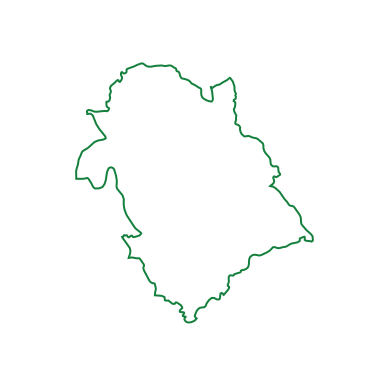 SVG path tracing the border of Uttarakhand, rotated 26°
{"feature_id": "IND-3254", "entity_name": "Uttarakhand", "entity_type": "State", "adm_level": 1, "iso_a3": "IND", "parent_name": "India", "parent_adm1": "", "projection": "mercator", "projection_center": [79.21, 30.097], "detail": "fine", "context": "isolated", "style": "outline", "palette": "green", "viewbox_px": 384, "rotation_deg": 26, "n_neighbors": 0, "source": "natural_earth", "source_scale": "10m", "svg_char_len": 5720}
<svg xmlns="http://www.w3.org/2000/svg" viewBox="0 0 384 384"><g transform="rotate(26 192 192)"><path d="M262.4,151.7L265.2,151.9L270.7,153.5L278.2,157.8L282.0,159.3L284.5,160.9L285.7,161.2L287.2,161.0L288.4,160.6L289.5,160.5L291.1,161.1L298.6,165.3L300.7,167.0L301.6,168.3L303.1,171.1L304.0,172.4L305.1,173.3L311.6,176.1L317.4,177.7L319.8,179.0L321.3,181.5L321.9,182.7L321.3,184.1L320.7,184.1L315.6,185.9L314.3,185.6L313.6,184.0L312.8,182.9L311.6,183.8L310.3,185.4L309.3,186.5L310.3,188.8L308.8,191.1L304.2,194.6L303.2,195.7L300.9,199.3L300.1,200.2L297.5,202.0L295.5,203.9L294.5,204.5L293.1,205.0L290.4,205.3L289.2,205.9L288.6,207.4L287.6,210.6L285.9,213.3L282.0,218.2L280.4,219.6L275.9,220.8L273.9,222.4L272.8,224.8L272.8,227.0L273.6,229.2L274.6,231.5L275.3,233.8L275.2,235.7L274.3,237.5L272.6,239.4L272.1,239.8L271.2,240.3L270.8,240.6L270.5,241.2L270.6,241.7L270.8,242.2L270.8,242.7L270.3,243.4L269.6,244.1L268.1,245.3L267.4,246.2L266.7,246.7L266.2,247.2L266.0,248.4L265.5,249.2L263.3,249.9L262.5,250.5L262.2,252.0L262.8,253.5L264.4,256.3L264.9,259.8L265.3,260.7L266.0,260.8L266.7,260.8L267.2,261.3L267.4,262.9L267.1,264.9L265.6,270.6L264.9,270.4L263.9,269.7L262.6,269.9L262.2,271.1L263.5,274.7L263.7,276.1L262.7,277.2L261.3,277.6L259.7,277.6L258.4,277.5L256.1,278.6L254.6,281.9L254.0,285.7L254.2,288.6L253.6,290.1L252.5,290.9L251.2,291.6L250.1,292.5L249.1,293.9L248.6,295.4L248.4,296.9L248.4,298.7L248.8,302.2L250.2,303.3L251.6,303.6L251.3,304.9L251.0,305.9L250.3,307.2L248.2,309.5L247.1,310.2L246.1,310.8L245.1,311.1L244.0,311.2L242.6,310.9L241.1,309.9L240.7,309.0L240.8,308.1L241.1,307.4L240.9,306.9L239.9,307.1L239.0,307.4L238.2,307.5L237.8,306.9L237.8,306.0L238.1,304.9L238.0,304.2L237.5,303.8L236.5,304.0L234.3,305.0L233.5,304.9L233.1,304.1L233.1,303.3L233.8,301.5L234.1,300.6L233.4,299.7L231.9,298.7L228.2,298.1L226.7,298.0L225.7,298.5L225.7,299.0L225.6,299.7L225.3,300.3L223.4,301.0L218.3,299.9L216.8,300.8L215.9,301.1L215.0,301.1L214.4,300.2L213.9,299.2L213.3,298.5L210.3,298.6L204.0,301.1L203.0,298.8L202.0,294.9L201.5,294.1L200.8,293.2L199.7,292.0L199.2,291.3L198.6,290.7L197.8,290.7L197.1,291.1L196.3,291.3L194.7,291.2L192.9,290.6L183.4,283.7L182.2,282.5L181.5,281.4L181.3,280.6L181.3,279.7L181.0,278.9L180.4,278.2L174.7,275.0L173.8,274.7L173.3,274.8L171.5,275.8L166.8,277.1L164.0,279.0L163.3,274.4L162.8,272.8L161.9,271.1L160.5,269.5L149.5,263.5L148.9,263.0L149.1,262.8L149.8,262.3L149.9,261.8L149.7,261.3L149.8,260.8L150.2,260.4L151.6,260.1L152.1,259.7L152.5,259.5L152.9,259.8L153.6,260.3L154.5,260.5L155.2,260.4L156.1,258.5L156.6,257.8L157.3,257.6L157.8,257.8L158.3,258.2L159.0,258.2L159.9,257.8L163.5,254.5L164.1,253.5L164.4,252.4L164.5,251.6L163.5,250.9L157.9,249.7L155.9,248.9L143.6,241.6L139.5,237.9L136.8,234.3L135.5,232.0L133.9,228.4L131.1,225.5L123.7,222.1L122.3,220.9L121.6,219.8L119.6,215.0L116.6,210.7L112.2,205.9L111.4,205.4L110.7,205.2L109.6,205.1L108.4,205.4L107.6,205.9L107.0,206.7L106.7,207.8L106.8,210.0L107.1,212.0L109.4,219.4L109.9,223.3L109.3,226.9L106.7,229.6L103.1,231.4L101.3,230.9L100.7,230.6L98.0,228.5L93.7,225.8L92.4,225.3L91.5,225.4L89.2,227.4L82.2,230.9L78.6,223.8L78.1,221.6L77.4,217.1L76.2,213.5L75.9,211.9L75.9,208.3L75.6,204.8L75.8,203.3L79.2,197.9L82.5,189.8L85.1,186.8L89.0,184.0L90.4,182.5L90.9,181.4L89.6,180.0L80.7,175.8L76.1,172.9L69.4,166.8L67.5,166.2L66.2,166.2L63.6,167.8L63.4,167.3L62.3,165.8L62.1,165.0L62.9,163.8L64.6,163.1L66.5,162.7L68.1,162.7L69.7,162.3L71.4,161.5L77.5,157.7L79.2,156.9L80.0,156.8L80.8,155.7L81.0,154.8L81.0,154.1L80.9,153.5L80.5,153.0L79.7,152.9L78.7,152.8L77.9,152.5L77.3,151.8L75.6,148.8L75.7,148.3L77.1,147.4L77.5,146.6L77.7,145.7L77.2,143.5L76.9,142.8L75.7,141.3L75.3,140.2L75.3,138.3L74.9,136.9L72.8,134.8L72.6,133.6L72.7,132.0L74.5,128.0L75.5,125.1L76.2,123.9L76.9,123.9L77.5,124.5L77.9,124.7L78.9,124.7L79.4,122.8L79.3,120.7L79.0,119.7L78.5,119.2L77.7,118.8L77.0,118.0L76.1,116.4L76.1,115.4L76.6,114.9L77.2,115.0L78.0,115.4L78.7,115.4L79.3,115.0L80.0,114.3L80.5,113.3L80.4,112.5L79.6,110.9L79.7,110.0L80.3,109.2L84.8,104.6L87.3,101.5L89.6,99.1L90.5,98.4L91.4,98.1L92.2,98.1L95.6,98.7L97.1,98.6L98.0,98.4L100.3,97.3L103.8,94.7L109.0,91.7L112.7,90.6L116.4,88.0L117.4,87.7L118.6,87.6L121.3,88.0L122.8,88.0L123.6,88.2L124.1,88.7L124.5,89.4L125.3,90.0L126.0,90.0L127.1,89.8L127.7,90.0L128.4,90.5L130.8,93.2L132.1,94.0L132.8,94.3L134.2,94.1L135.8,93.6L138.9,93.2L140.7,93.3L142.0,93.7L142.8,94.1L144.2,94.6L145.3,94.7L146.9,94.6L149.6,94.8L151.9,95.2L153.8,95.1L154.9,95.4L155.5,96.0L156.9,99.1L157.9,100.7L158.9,101.7L160.7,102.9L165.5,103.2L166.5,103.0L167.6,102.9L170.0,102.1L170.3,100.6L170.0,99.2L167.8,95.7L165.7,92.4L163.4,90.0L162.8,89.3L162.4,88.8L164.6,89.8L166.0,87.0L167.5,84.9L169.7,83.3L171.7,79.8L174.3,76.3L175.8,72.9L176.4,72.8L180.4,74.9L182.4,77.0L184.1,78.8L185.1,81.0L186.2,82.6L188.5,84.5L188.6,86.1L189.7,87.2L190.3,89.0L189.3,91.0L189.6,92.0L191.5,92.4L192.3,93.7L193.0,95.7L193.4,97.5L193.3,99.2L194.7,101.1L198.3,103.8L198.7,105.3L199.4,106.7L199.9,107.5L200.4,110.4L200.9,111.5L201.8,111.8L203.1,111.6L204.2,111.5L205.4,111.8L206.5,112.4L206.8,112.7L207.1,113.1L207.3,113.6L207.4,114.1L208.1,115.3L209.3,116.6L210.5,117.7L211.6,118.3L213.3,118.7L214.2,119.1L215.1,118.9L218.1,116.9L219.5,116.6L222.5,116.5L226.4,115.5L228.0,115.6L233.5,117.0L234.8,117.6L235.7,118.8L237.0,121.3L238.8,123.3L239.6,123.9L240.0,124.1L241.2,124.9L246.5,127.1L248.2,128.5L249.4,130.6L250.8,132.6L253.0,133.5L254.3,133.2L256.7,131.8L257.9,131.8L258.9,132.5L260.9,135.8L263.0,137.0L263.6,137.8L261.7,141.2L261.2,141.7L260.6,141.8L259.8,141.8L259.1,141.9L258.7,142.3L258.7,143.4L259.5,144.4L260.5,145.5L261.2,146.5L261.4,148.3L261.0,149.6L260.3,150.8L259.7,152.4L262.4,151.7Z" fill="none" stroke="#15803d" stroke-width="2"/></g></svg>